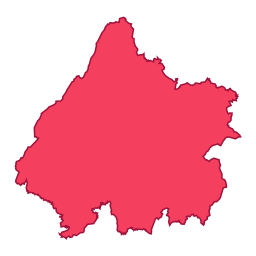 the district of Katha, Sagaing, Myanmar
{"feature_id": "60261553B54197947879165", "entity_name": "Katha", "entity_type": "district", "adm_level": 2, "iso_a3": "MMR", "parent_name": "Myanmar", "parent_adm1": "Sagaing", "projection": "albers", "projection_center": [95.892, 24.22], "detail": "fine", "context": "isolated", "style": "filled", "palette": "rose", "viewbox_px": 256, "rotation_deg": 0, "n_neighbors": 0, "source": "geoboundaries", "source_scale": "gbopen_adm2", "svg_char_len": 5786}
<svg xmlns="http://www.w3.org/2000/svg" viewBox="0 0 256 256"><path d="M224.9,88.1L222.5,86.4L221.3,86.3L219.7,87.3L218.4,87.3L217.6,88.1L215.8,86.7L216.2,85.9L215.1,84.0L210.8,83.0L210.4,81.1L208.9,80.4L209.6,79.0L209.1,78.7L208.6,79.9L207.8,79.4L207.4,78.4L205.2,81.9L201.1,82.4L200.7,83.8L195.5,83.0L194.0,84.9L191.5,85.2L190.6,85.1L187.1,82.8L185.8,83.8L180.7,85.1L179.6,86.7L179.9,87.1L177.0,89.1L175.0,89.1L176.1,83.4L177.1,83.0L176.6,81.6L177.5,78.6L175.7,78.9L176.0,80.2L176.6,80.3L174.0,81.8L171.5,79.3L169.6,78.7L165.5,75.7L162.7,72.0L162.2,70.1L164.0,69.2L164.4,67.3L161.7,63.4L159.2,63.4L161.3,60.6L160.3,59.4L159.1,59.4L157.6,57.7L157.9,59.3L156.0,59.4L154.9,58.4L153.8,59.1L153.5,61.8L150.1,60.5L148.8,61.1L148.5,60.3L147.0,61.3L146.7,59.6L145.4,59.4L145.2,58.1L144.1,57.9L143.9,53.6L142.5,54.9L141.1,54.6L137.8,55.4L136.4,52.2L137.7,49.9L137.6,49.0L135.2,45.9L133.9,41.4L134.1,38.9L132.1,37.4L133.5,29.0L131.3,27.0L130.9,25.3L131.5,24.0L129.0,23.4L126.0,21.1L125.2,20.0L125.9,19.5L125.4,18.4L123.5,17.4L119.6,18.6L119.1,22.3L115.5,21.9L115.1,22.6L113.1,23.0L110.1,22.7L108.7,24.5L107.6,24.1L106.6,25.9L105.7,26.5L104.2,30.1L101.9,33.0L97.8,41.4L96.2,43.5L96.4,45.7L95.3,51.0L94.3,53.7L90.9,58.5L89.6,63.6L88.4,66.2L88.1,68.9L86.9,71.8L85.5,72.5L83.6,77.0L81.7,78.6L79.6,77.4L78.8,75.8L76.5,76.4L75.7,78.2L74.0,79.3L73.8,81.1L72.1,81.9L67.7,88.8L65.5,93.0L62.8,96.7L62.8,98.6L61.1,100.7L60.3,101.1L56.0,101.2L56.1,102.6L54.6,104.5L48.8,107.1L47.6,108.7L41.3,113.6L41.4,114.8L39.6,118.8L37.5,121.1L34.3,127.7L34.7,136.9L36.3,136.7L37.4,138.5L38.3,138.3L37.9,139.2L30.3,147.2L28.1,147.0L27.0,149.4L25.1,152.0L23.9,155.7L22.6,158.0L21.1,157.7L20.4,159.5L19.0,160.7L16.8,161.4L15.9,162.7L16.2,163.6L15.4,166.2L15.9,167.1L15.7,168.6L16.3,169.9L19.0,172.0L15.9,180.1L15.8,182.0L17.5,183.9L18.5,183.4L20.7,185.3L22.8,183.1L23.2,183.8L24.2,184.0L24.1,183.6L25.9,181.5L26.3,179.8L27.4,182.8L26.2,187.9L26.9,190.6L27.6,190.7L27.1,191.3L27.4,191.7L27.9,191.4L28.3,192.5L28.1,193.1L28.7,193.2L29.2,192.4L31.8,192.5L32.6,193.2L33.4,192.8L34.7,194.6L36.8,194.3L37.7,195.1L38.3,194.7L38.4,195.4L40.1,196.3L40.4,197.8L41.5,197.9L41.7,198.6L43.2,198.3L43.8,200.2L45.9,199.9L46.5,201.0L46.5,200.3L47.3,201.0L48.4,200.8L48.4,201.7L49.3,201.1L50.0,202.6L50.8,201.9L51.4,202.9L52.3,202.5L52.7,203.4L51.5,204.2L53.2,205.3L53.2,207.7L54.3,208.7L55.1,208.2L56.1,208.4L56.2,211.3L57.7,213.2L62.7,215.0L62.5,215.9L59.8,216.4L59.8,216.9L62.0,217.7L61.4,219.3L63.3,220.2L61.9,222.0L60.4,223.0L61.2,227.0L63.7,226.3L66.7,228.0L67.5,227.6L67.3,226.9L65.3,226.7L65.3,226.0L66.1,225.5L69.1,227.0L69.3,227.6L68.2,229.8L65.1,231.3L61.9,232.2L60.6,234.5L59.5,233.8L59.8,234.7L62.0,235.8L61.4,237.1L63.9,236.8L66.4,238.6L66.5,237.6L68.4,236.2L68.8,236.0L69.9,237.4L72.1,237.0L73.3,235.0L74.8,234.9L76.2,235.6L80.8,232.5L82.7,232.7L83.9,231.6L84.4,228.1L87.7,224.3L93.6,223.6L97.2,218.2L96.6,218.4L96.7,217.7L97.7,216.1L96.7,216.1L96.7,215.6L97.5,213.5L96.6,213.7L96.7,212.9L95.5,212.4L94.9,213.2L93.2,212.5L92.9,210.9L91.9,210.3L91.8,209.4L92.5,208.7L94.1,209.4L94.3,208.4L94.9,208.0L97.1,208.2L98.4,207.6L99.8,208.7L99.7,207.8L100.2,207.8L100.3,206.9L99.4,207.1L100.7,205.3L101.1,206.3L100.9,204.1L102.0,204.4L101.3,203.1L102.2,203.4L102.2,202.6L102.9,202.8L103.1,204.4L103.9,203.9L105.1,204.8L105.6,203.7L106.7,203.5L106.1,203.1L107.7,202.0L107.7,201.5L108.3,202.1L110.0,201.5L110.8,203.4L110.1,205.2L111.5,210.3L111.0,211.3L111.6,214.5L113.6,214.5L116.2,217.2L116.7,218.7L117.4,221.9L116.9,223.2L117.6,225.2L117.2,230.3L118.5,231.8L119.6,231.2L120.5,232.6L121.5,232.4L121.5,234.4L122.9,233.5L123.2,234.0L123.4,233.3L124.2,232.9L125.1,234.3L125.9,233.6L126.1,232.2L127.1,231.7L127.6,229.2L131.2,227.5L131.3,228.1L132.2,227.9L131.9,228.7L132.8,229.5L133.8,229.5L133.9,230.3L135.0,229.1L135.7,230.0L136.6,229.1L137.3,229.9L137.9,229.0L142.2,229.7L143.6,228.9L144.6,229.6L145.0,229.2L146.2,230.4L145.8,230.7L149.5,233.5L151.3,233.8L151.6,228.9L155.5,218.7L157.0,217.8L158.4,219.4L159.2,218.1L161.4,217.0L162.1,214.6L162.7,214.1L162.5,213.5L160.8,212.6L161.0,212.0L162.0,211.2L162.6,210.0L166.1,208.1L168.6,208.7L167.7,211.3L168.3,212.8L166.5,215.0L166.6,215.5L168.0,215.7L169.4,217.8L168.7,222.0L169.7,225.3L171.2,223.0L173.1,221.6L174.2,221.9L176.1,221.3L176.3,221.9L177.6,221.8L178.9,220.5L179.5,220.9L179.3,222.2L180.4,222.7L181.2,224.0L184.2,224.2L185.5,221.4L185.7,219.6L187.2,219.1L187.4,218.4L186.4,216.7L188.4,216.0L189.3,216.8L190.2,216.5L191.4,214.7L193.1,214.3L193.4,215.6L194.2,215.5L194.4,216.2L196.5,215.4L198.0,217.8L198.6,217.4L199.8,218.1L200.9,220.3L201.0,223.0L203.6,225.1L204.2,223.9L203.8,223.4L204.4,222.5L204.2,221.4L207.3,219.0L207.3,216.7L209.8,215.4L209.0,210.1L209.8,209.6L210.0,208.6L209.8,206.3L212.0,205.1L214.4,201.7L216.7,201.7L219.3,199.2L220.3,197.7L223.0,188.7L223.8,187.6L226.4,187.2L226.5,185.7L225.5,181.3L224.4,179.6L222.7,179.1L221.9,178.3L222.0,174.3L219.4,168.0L220.5,165.2L219.3,162.0L219.1,159.8L213.8,158.2L210.7,159.8L209.0,161.4L206.8,159.8L205.7,159.9L203.1,156.6L205.2,154.5L206.2,152.2L208.3,150.7L209.8,147.9L212.2,145.7L217.1,144.1L218.3,144.1L219.3,145.2L220.7,145.6L223.2,141.1L226.0,137.5L228.6,136.9L235.4,138.8L238.5,137.0L240.6,136.8L239.7,135.2L236.2,132.1L233.8,131.7L233.9,131.1L232.5,128.9L228.4,127.0L228.7,125.4L227.6,125.3L227.2,124.5L228.5,122.2L229.7,121.9L231.0,120.2L231.1,117.1L231.8,115.7L232.0,113.1L229.3,113.1L228.5,113.9L227.6,112.8L226.4,108.8L227.0,107.5L228.4,106.5L231.1,105.5L229.1,101.5L230.8,101.3L232.3,102.0L232.1,100.6L232.7,99.8L233.1,100.6L234.3,100.2L236.4,100.7L236.0,98.7L237.3,97.9L236.9,96.8L237.6,96.4L237.0,96.1L237.3,95.4L235.8,96.2L235.7,95.3L236.4,94.5L235.5,92.2L232.6,90.9L230.7,89.5L230.4,88.6L229.6,88.5L228.1,90.7L227.8,89.8L225.5,90.1L224.9,88.1Z" fill="#f43f5e" stroke="#9f1239" stroke-width="1.5"/></svg>